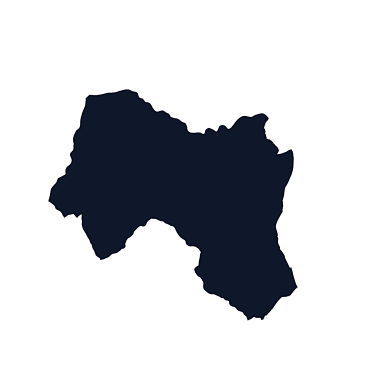 Sutatenza, Boyacá, Colombia, rotated 208°
{"feature_id": "7082276B29304036127209", "entity_name": "Sutatenza", "entity_type": "district", "adm_level": 2, "iso_a3": "COL", "parent_name": "Colombia", "parent_adm1": "Boyacá", "projection": "robinson", "projection_center": [-73.439, 5.025], "detail": "fine", "context": "isolated", "style": "filled", "palette": "ink", "viewbox_px": 384, "rotation_deg": 208, "n_neighbors": 0, "source": "geoboundaries", "source_scale": "gbopen_adm2", "svg_char_len": 6059}
<svg xmlns="http://www.w3.org/2000/svg" viewBox="0 0 384 384"><g transform="rotate(208 192 192)"><path d="M314.0,117.2L310.6,116.8L307.6,116.3L306.6,115.9L305.8,115.5L304.5,114.1L303.7,113.8L302.6,113.7L300.2,113.8L299.5,113.8L297.8,113.3L296.6,112.7L294.3,111.0L292.8,110.4L291.6,113.1L291.0,114.1L287.4,117.0L286.5,118.0L284.5,117.1L281.9,116.0L281.7,116.1L281.6,117.6L279.9,120.9L279.5,121.4L278.7,121.1L278.0,120.5L277.4,119.2L276.6,117.2L275.3,115.7L274.2,113.7L273.3,111.7L272.7,111.0L271.1,109.3L269.5,108.1L265.4,105.7L263.8,104.5L259.8,102.1L258.9,101.4L257.5,99.9L256.0,99.4L255.4,99.0L252.9,96.2L250.6,94.9L247.7,92.3L246.8,91.6L244.8,91.1L242.6,91.1L242.0,90.9L240.9,89.9L239.1,91.6L235.8,95.6L235.3,96.6L234.6,99.1L234.2,99.8L233.6,100.6L230.6,103.1L229.8,104.3L229.5,105.1L228.8,106.3L228.3,107.6L228.2,108.9L227.7,109.5L226.4,110.3L226.0,111.1L225.8,112.1L226.0,112.8L226.3,113.3L227.3,114.5L227.6,115.3L227.4,116.6L227.7,117.2L227.8,118.1L227.6,121.1L227.3,121.9L226.2,123.0L224.8,126.9L224.8,127.5L225.4,129.5L224.9,131.0L224.2,134.0L223.3,136.5L222.5,137.8L221.7,138.7L220.9,139.1L219.7,139.1L218.7,139.6L218.4,140.1L218.0,141.1L217.9,141.7L218.3,143.7L218.1,144.9L217.4,147.2L215.9,150.1L214.2,150.6L212.7,151.5L211.5,151.8L210.7,152.0L206.5,152.2L205.1,152.8L203.7,153.2L203.3,153.2L201.7,152.7L200.8,152.6L198.1,153.0L195.3,152.9L193.4,153.4L191.7,153.5L189.9,152.7L189.2,152.2L187.3,150.7L185.4,149.4L181.4,147.4L177.7,146.8L176.4,146.9L174.6,146.4L173.8,145.7L173.0,144.6L172.5,144.1L172.0,143.8L169.7,143.5L169.2,143.6L168.5,143.8L166.4,145.0L165.5,145.4L162.5,146.3L161.5,145.8L159.9,145.9L158.1,145.1L155.8,143.8L155.4,143.4L155.0,142.7L155.1,141.5L154.9,140.9L153.8,138.2L152.5,133.7L151.8,132.2L151.0,130.1L151.0,129.9L152.3,128.2L153.0,126.0L153.1,125.3L152.8,125.0L152.0,123.9L151.0,123.0L147.9,121.5L147.0,121.2L146.4,121.1L145.5,121.2L144.9,121.2L143.5,120.7L142.5,120.3L139.6,118.5L138.6,117.5L137.4,114.7L136.7,113.5L136.3,112.9L135.4,112.3L134.3,111.9L132.2,111.5L130.5,111.1L129.1,111.1L127.3,111.4L125.9,112.3L124.2,112.8L118.3,113.2L117.7,113.1L116.6,112.8L115.5,113.4L114.4,113.7L113.7,113.6L112.1,112.9L111.6,112.9L111.1,113.0L109.3,113.7L108.2,113.8L107.5,113.5L107.0,112.8L106.4,111.7L105.9,111.1L105.0,110.6L102.9,110.5L101.5,111.0L99.9,111.1L99.1,110.9L97.4,110.3L96.7,109.9L95.8,109.7L93.6,109.9L91.6,110.4L91.1,110.4L90.5,110.2L88.4,109.0L87.3,108.6L85.6,108.4L85.0,108.1L82.6,105.8L80.8,108.1L79.5,111.0L78.8,111.7L76.8,111.7L76.3,111.8L73.5,113.4L72.2,113.6L71.8,113.5L70.9,112.6L70.7,112.5L70.0,113.1L70.1,115.9L70.4,117.0L69.9,117.7L68.9,118.5L69.0,119.2L68.5,119.6L68.4,120.9L67.7,123.0L67.2,125.6L66.8,126.9L66.0,134.1L65.5,136.6L64.3,141.1L63.7,142.2L60.4,144.1L58.5,145.8L57.6,146.9L57.2,147.6L56.5,152.0L55.7,155.4L54.9,157.4L56.8,158.4L60.2,161.6L61.0,162.5L64.8,166.4L66.3,168.3L68.9,171.0L69.6,169.8L79.0,176.6L80.1,177.7L80.6,178.5L81.2,179.0L85.3,181.2L87.0,181.9L88.3,182.3L88.7,183.6L89.0,184.2L90.1,184.8L92.5,186.7L93.4,188.1L94.0,189.2L94.3,190.4L95.3,191.7L95.9,192.0L96.5,192.0L96.6,193.9L99.0,196.6L101.5,199.1L102.1,200.0L102.6,200.8L103.3,203.3L103.5,204.4L103.7,206.1L103.7,212.0L103.5,217.0L104.0,217.6L104.7,219.3L105.8,222.6L106.9,223.9L107.6,225.4L108.2,225.1L109.2,229.0L109.8,231.9L111.9,237.2L112.6,239.9L112.4,241.4L112.3,245.3L112.6,248.7L113.0,253.9L113.9,258.4L115.2,262.0L118.4,268.7L119.3,270.2L120.5,271.6L121.2,272.9L122.4,274.3L124.0,275.4L124.2,275.5L125.1,274.5L126.0,273.3L126.8,271.7L129.2,268.8L131.5,266.5L133.2,265.3L134.5,263.9L135.4,265.8L135.3,267.1L135.5,267.7L135.3,268.6L135.5,269.1L136.0,269.7L137.4,270.7L138.8,271.2L140.7,271.7L141.8,272.2L143.2,272.5L144.0,273.2L145.2,273.5L146.2,273.9L147.0,273.8L148.0,274.1L148.7,273.8L149.6,273.6L151.6,273.4L152.0,273.5L152.2,273.8L152.4,275.0L153.6,275.4L153.8,275.8L153.9,276.4L154.1,276.7L155.0,277.1L155.6,277.7L155.8,278.1L155.9,279.2L156.1,279.5L156.5,279.7L157.6,281.2L158.1,281.3L158.7,281.3L159.1,281.4L159.3,281.7L159.4,282.1L159.4,283.2L159.9,284.7L159.7,285.6L160.2,287.0L160.2,287.7L160.1,288.7L159.5,291.3L159.5,292.6L160.7,293.2L162.2,293.7L163.8,294.0L165.4,294.1L167.0,293.6L168.6,292.3L170.7,290.3L172.2,288.7L173.7,286.1L175.2,285.0L179.7,283.7L181.1,283.1L182.3,282.3L183.4,280.8L184.4,279.0L185.3,276.4L185.8,274.2L186.2,271.0L187.1,266.6L187.9,265.2L188.8,264.3L189.9,264.0L190.8,264.0L193.3,265.1L194.4,265.2L195.6,265.0L196.8,264.4L197.9,263.1L198.0,261.9L197.6,259.4L197.7,258.1L197.8,257.1L198.4,256.2L199.6,255.8L200.9,256.1L202.0,256.3L205.9,256.1L207.1,255.7L207.9,254.6L208.3,253.4L208.4,252.3L207.8,251.1L207.7,249.5L208.1,248.5L209.1,247.9L210.3,247.6L212.4,247.6L214.0,246.9L215.2,246.2L216.6,245.1L219.5,243.6L221.2,243.0L223.1,243.1L224.7,243.4L226.2,244.8L227.5,246.7L228.9,248.0L229.8,248.7L230.9,248.9L233.4,248.5L238.4,249.3L239.6,249.1L242.3,248.2L244.8,247.7L245.9,247.6L247.0,248.0L247.6,248.6L249.3,249.5L251.4,249.2L255.4,249.7L257.2,248.6L259.4,246.4L260.5,245.8L261.5,245.6L262.8,245.6L264.4,246.1L267.3,247.7L268.4,248.6L270.6,249.8L271.7,249.9L273.0,249.7L275.0,248.9L275.6,248.9L276.3,249.1L278.8,250.4L279.8,250.5L281.5,250.0L282.4,249.9L283.8,250.3L285.0,251.3L285.8,252.3L286.7,253.1L287.6,253.3L288.7,253.2L291.5,252.4L295.8,252.1L297.5,251.3L299.6,249.7L303.7,245.9L304.9,244.5L306.3,243.3L309.2,241.3L312.6,239.4L317.3,235.1L321.6,231.9L324.8,230.3L326.6,229.7L327.6,229.0L328.2,227.6L328.6,226.1L329.1,225.0L328.3,223.7L326.1,218.0L325.8,213.7L325.4,210.6L324.3,205.4L323.4,202.7L321.3,198.5L320.9,196.5L321.1,194.6L321.9,192.9L322.4,191.6L322.2,187.1L321.5,183.6L320.5,182.0L319.2,180.2L318.2,179.3L318.0,178.3L317.6,177.1L316.6,175.6L316.0,173.9L316.1,172.2L316.7,170.1L316.9,168.7L316.2,167.4L313.2,165.0L312.1,163.3L311.7,161.3L311.7,160.0L312.1,158.3L313.0,156.5L313.6,154.6L313.5,152.8L313.0,151.5L311.3,148.8L311.5,147.8L312.0,146.8L313.8,144.1L315.3,142.1L316.0,141.1L316.0,140.0L315.6,137.4L315.7,135.8L316.8,131.7L317.1,129.9L317.2,128.6L316.8,127.2L315.3,122.8L314.5,119.8L314.0,117.2Z" fill="#0f172a" stroke="#020617" stroke-width="1.5"/></g></svg>